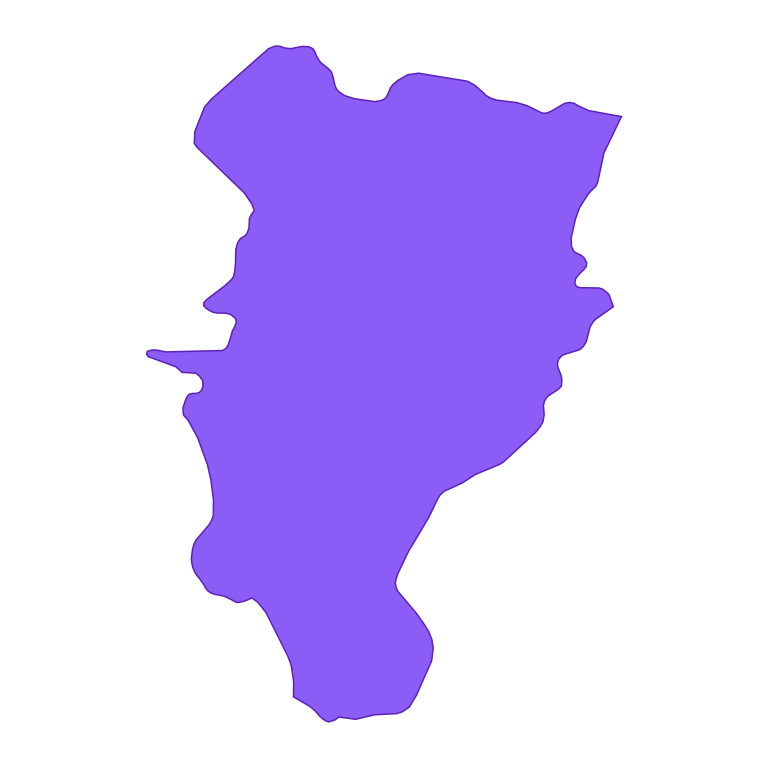 the border of Kildare
{"feature_id": "IRL-721", "entity_name": "Kildare", "entity_type": "County", "adm_level": 1, "iso_a3": "IRL", "parent_name": "Ireland", "parent_adm1": "", "projection": "mercator", "projection_center": [-6.829, 53.156], "detail": "fine", "context": "isolated", "style": "filled", "palette": "violet", "viewbox_px": 768, "rotation_deg": 0, "n_neighbors": 0, "source": "natural_earth", "source_scale": "10m", "svg_char_len": 2844}
<svg xmlns="http://www.w3.org/2000/svg" viewBox="0 0 768 768"><path d="M431.6,661.0L416.4,695.3L409.3,707.1L402.5,711.7L397.0,713.6L374.5,714.8L355.6,719.3L338.8,717.0L334.9,720.0L329.0,721.9L325.7,720.9L322.7,718.9L319.9,716.4L315.1,710.8L309.8,706.4L293.5,696.9L293.7,683.2L293.3,678.9L291.2,665.2L287.6,655.6L266.1,612.7L258.0,602.5L252.0,598.0L244.0,601.3L237.6,602.6L234.3,601.4L231.2,599.5L223.9,596.1L214.8,594.3L210.8,592.9L207.7,590.8L205.4,587.7L203.6,584.4L199.3,578.3L197.0,575.6L194.7,572.0L192.6,566.9L191.3,559.6L192.5,549.1L194.2,543.5L196.5,539.4L208.7,525.2L210.8,521.8L212.6,517.7L213.3,514.9L213.5,500.3L211.1,481.1L207.6,465.2L197.6,437.6L187.9,419.9L183.6,415.2L183.1,412.4L183.0,407.8L185.4,400.3L187.0,396.8L189.6,394.0L192.9,393.4L196.3,393.4L199.7,392.2L202.0,389.5L203.0,385.3L202.7,380.7L199.1,375.7L195.7,373.2L182.2,372.4L175.9,366.8L148.3,356.7L146.6,354.2L147.2,351.4L152.0,350.0L156.7,350.1L165.9,351.9L222.5,350.5L225.8,348.6L228.2,344.7L230.1,339.2L232.3,331.2L234.8,326.4L236.3,322.3L235.5,318.4L230.4,314.3L225.5,313.2L216.5,313.0L212.7,312.1L209.1,310.3L206.0,308.2L203.7,305.7L203.8,302.8L207.0,299.3L225.4,285.3L231.0,280.0L233.4,276.9L234.8,271.1L235.5,263.4L235.8,249.5L237.6,242.8L240.3,238.6L245.6,235.4L247.3,232.6L249.0,227.9L249.4,218.6L251.6,214.0L254.3,210.7L251.9,204.0L244.4,193.0L196.9,147.2L194.2,143.2L194.9,131.4L204.5,107.1L211.5,99.0L268.5,48.7L275.1,46.1L280.1,46.3L284.4,47.9L290.6,48.7L302.1,46.4L308.8,46.7L312.9,48.7L314.9,51.8L316.3,55.5L318.2,59.0L320.4,62.2L329.1,69.3L330.4,70.6L331.7,72.6L332.8,76.0L334.6,84.1L335.7,87.4L336.7,89.3L338.8,91.7L344.9,95.7L354.9,98.8L374.8,101.6L381.1,100.6L385.3,98.5L386.9,95.9L389.3,91.0L390.4,87.8L393.0,84.5L397.4,80.7L407.7,74.7L418.6,73.2L467.8,81.3L474.9,85.3L483.5,92.8L485.9,95.4L490.4,98.0L496.5,100.1L516.8,102.6L526.9,105.6L542.4,113.2L546.9,113.1L551.6,111.0L564.5,103.4L569.9,102.5L574.4,103.4L577.6,105.5L588.6,110.6L621.4,116.6L611.0,138.3L604.0,152.8L597.6,182.6L595.8,186.3L590.6,191.3L587.2,195.5L579.4,208.0L575.4,219.3L571.1,238.2L571.5,246.4L573.8,251.4L576.9,253.3L580.1,254.7L582.1,256.0L584.6,258.5L586.7,262.7L586.3,266.4L583.6,269.9L580.0,273.2L575.6,278.7L574.8,283.1L576.3,286.4L580.0,287.7L598.9,288.0L602.8,289.2L606.5,292.1L609.1,294.8L613.3,306.7L595.4,319.4L593.1,321.9L590.0,327.0L586.3,341.6L583.3,346.5L579.8,349.6L562.7,355.0L559.2,358.4L557.4,362.6L557.8,367.0L560.9,374.9L561.9,379.4L561.4,386.2L557.9,389.6L547.4,396.5L544.6,400.9L543.4,405.7L543.9,410.6L544.1,415.2L542.9,422.0L540.0,426.9L535.5,432.5L504.0,461.5L500.4,464.0L475.3,474.5L462.5,482.8L444.3,491.2L440.1,495.0L437.6,499.1L428.9,517.2L408.4,551.6L397.9,573.6L396.1,579.0L395.3,582.9L396.0,586.7L397.3,590.6L416.4,613.3L425.1,625.6L428.9,632.1L431.8,639.2L433.3,647.8L431.6,661.0Z" fill="#8b5cf6" stroke="#5b21b6" stroke-width="1.5"/></svg>